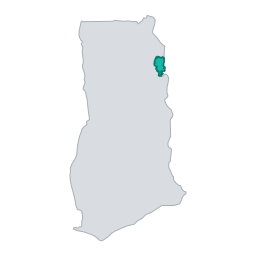 Saboba, Northern, Ghana shown in context
{"feature_id": "2480657B56307698722921", "entity_name": "Saboba", "entity_type": "district", "adm_level": 2, "iso_a3": "GHA", "parent_name": "Ghana", "parent_adm1": "Northern", "projection": "equal_earth", "projection_center": [0.158, 9.709], "detail": "fine", "context": "in_parent", "style": "filled", "palette": "teal", "viewbox_px": 256, "rotation_deg": 0, "n_neighbors": 0, "source": "geoboundaries", "source_scale": "gbopen_adm2", "svg_char_len": 5551}
<svg xmlns="http://www.w3.org/2000/svg" viewBox="0 0 256 256"><path d="M153.1,17.2L154.8,19.3L155.2,20.5L154.6,25.0L153.3,28.2L152.6,31.2L152.7,32.7L153.4,34.1L155.9,36.5L157.2,38.0L158.8,40.3L160.5,42.6L163.6,45.5L164.8,46.0L164.8,46.8L164.4,48.0L164.1,58.9L163.9,61.7L163.6,63.1L163.4,67.2L163.0,67.8L162.5,67.8L161.9,67.9L161.8,68.7L162.0,69.6L163.8,70.1L163.4,70.8L162.1,71.3L161.5,72.6L161.7,74.0L161.0,75.1L161.2,75.8L161.7,76.4L162.5,76.2L164.6,74.3L165.5,74.1L166.6,74.5L168.6,77.4L168.7,78.8L167.9,83.6L167.1,87.3L166.9,92.3L167.8,95.1L167.7,96.6L166.7,97.9L164.6,99.8L164.8,101.1L165.8,103.6L167.5,106.3L171.0,109.7L172.8,114.0L172.9,115.8L171.8,117.6L170.6,119.2L170.2,121.4L170.7,136.1L168.0,142.5L167.9,144.3L168.2,146.4L169.0,147.7L170.4,148.0L171.5,149.3L171.1,153.8L170.5,158.3L170.4,160.5L170.1,161.6L169.0,162.4L168.6,163.9L168.9,165.7L168.6,167.0L169.2,168.7L170.5,170.8L172.5,176.1L173.3,176.5L173.6,177.6L173.4,178.7L174.2,181.0L176.4,183.4L178.8,185.4L180.7,185.7L181.1,187.5L182.4,189.8L183.3,190.8L184.7,191.5L185.9,191.9L186.0,193.8L183.8,195.2L182.4,197.2L181.3,200.3L179.8,203.7L174.5,205.4L172.5,205.5L161.7,205.5L151.6,212.2L145.8,214.6L142.2,218.3L137.4,221.0L134.0,224.3L127.0,225.8L115.5,230.9L112.0,232.9L108.3,236.5L102.4,240.6L100.1,240.6L95.5,236.7L92.0,234.7L83.5,231.8L77.2,230.6L74.1,229.3L73.3,229.1L74.0,227.7L75.8,227.6L77.6,228.1L79.1,227.0L81.1,226.9L81.7,225.7L81.8,222.9L81.8,220.7L82.5,219.7L82.7,217.0L81.7,211.1L81.0,210.4L77.3,209.6L77.0,208.4L76.4,207.2L75.7,204.1L74.9,199.6L73.6,194.0L71.1,184.7L70.5,181.4L70.1,178.1L70.0,174.1L70.5,172.6L70.5,170.6L70.2,168.5L72.0,163.8L75.5,158.0L76.2,156.0L76.8,154.5L76.9,152.4L77.5,145.7L79.2,137.6L80.2,134.5L80.9,132.9L81.8,130.2L82.0,128.9L85.2,125.7L86.6,124.9L87.0,123.6L86.5,122.3L86.7,121.3L87.4,120.9L88.6,120.5L89.5,119.2L88.1,109.2L87.1,99.2L87.0,98.4L86.4,97.0L85.8,92.9L84.7,90.5L83.2,89.8L83.2,87.5L84.8,83.7L85.2,81.4L84.4,80.8L84.3,79.0L84.9,76.2L84.6,74.5L84.3,72.6L82.8,68.3L82.4,65.2L83.2,63.4L83.2,59.4L82.4,53.3L82.3,49.5L82.9,47.9L82.6,46.4L81.5,44.9L81.4,43.5L82.3,42.2L82.2,41.1L81.0,40.3L80.0,38.4L79.0,35.5L79.2,30.7L81.1,22.0L81.3,21.3L83.3,21.3L83.3,21.7L89.6,21.6L96.8,21.5L105.5,21.4L113.3,21.3L113.6,20.9L114.9,20.4L122.9,21.3L127.8,20.9L129.9,21.1L131.4,21.7L134.8,21.4L136.7,21.6L138.0,23.8L138.6,23.7L139.4,22.8L140.7,21.8L142.1,20.9L143.1,19.2L143.7,17.9L144.6,18.2L145.9,18.1L146.8,17.0L147.1,15.4L153.1,17.2Z" fill="#d9dde1" stroke="#a8b0b8" stroke-width="1"/><path d="M157.0,57.4L156.8,57.5L156.7,57.4L156.6,57.5L156.5,57.4L156.5,57.5L156.5,57.4L156.4,57.5L156.2,57.6L156.0,57.8L155.7,58.0L155.6,58.7L155.3,58.8L155.2,59.1L155.3,59.4L155.3,59.7L155.2,59.7L155.1,59.8L155.0,60.2L155.0,60.3L154.9,60.4L154.9,60.5L154.8,60.8L154.7,60.9L154.4,61.1L154.5,61.8L154.4,62.0L154.5,62.2L154.7,62.3L154.8,62.4L154.9,62.6L155.0,62.7L155.1,62.8L154.9,62.8L154.7,63.0L154.4,63.1L154.2,63.3L154.2,63.7L154.2,64.5L154.3,64.9L154.4,65.1L154.5,65.2L154.5,65.3L154.8,65.4L154.8,65.5L155.0,65.8L155.3,65.9L155.4,66.0L155.6,66.1L155.8,66.2L155.8,66.3L156.0,66.4L156.1,66.5L156.3,66.7L156.2,66.7L156.3,66.7L156.3,66.8L156.3,66.7L156.3,66.8L156.6,66.9L156.6,67.0L156.6,66.9L156.6,67.0L156.7,66.9L156.7,67.0L156.8,67.0L156.6,67.4L155.8,68.7L155.9,68.8L156.0,68.8L156.1,69.0L156.2,68.9L156.3,69.0L156.6,69.2L156.7,69.3L156.8,69.3L157.0,69.6L157.1,69.8L157.1,70.1L156.9,70.4L157.0,70.5L156.9,70.6L156.9,70.9L157.0,71.1L157.3,71.2L157.6,71.1L157.8,71.2L157.8,71.3L157.8,71.5L158.1,71.4L158.4,71.2L158.5,71.2L158.7,71.4L158.7,71.5L158.8,71.5L159.0,72.0L159.1,72.4L159.0,72.6L158.9,72.8L158.8,73.2L158.8,73.6L158.8,73.8L158.7,74.1L158.8,74.2L158.7,74.2L158.7,74.6L158.7,74.9L158.5,75.2L158.5,75.4L158.6,75.6L158.8,75.7L158.8,75.8L159.0,75.9L159.2,76.0L159.3,75.9L159.4,76.0L159.5,76.0L159.8,76.1L160.0,76.1L160.3,76.0L160.5,75.8L160.8,75.9L160.8,76.0L161.0,76.1L161.4,76.0L161.4,75.9L160.9,75.1L160.8,74.6L160.9,74.3L161.0,74.2L161.5,74.6L161.9,74.5L162.0,74.5L162.0,74.3L162.1,74.2L162.4,74.2L162.5,74.0L162.7,73.9L163.0,73.7L163.0,73.4L162.9,73.3L162.5,73.0L162.3,72.9L162.0,73.1L161.6,73.1L161.4,73.1L161.2,72.8L161.1,72.6L161.0,72.1L161.1,71.6L161.2,71.4L161.2,71.2L161.3,71.1L161.5,71.2L161.8,71.4L162.0,71.4L162.1,71.2L162.5,71.1L163.0,71.1L163.4,71.0L163.6,71.0L163.8,71.1L164.1,71.3L164.5,71.1L164.8,70.8L164.9,70.6L164.8,70.4L164.7,70.2L164.8,69.3L164.9,68.7L164.8,68.8L164.7,68.8L164.7,68.6L164.7,68.4L164.5,68.5L164.5,68.4L164.5,68.2L164.4,68.2L164.5,68.1L164.5,67.9L164.4,67.9L164.4,67.7L164.2,67.7L164.0,67.4L164.1,67.0L164.0,66.7L163.9,66.3L163.9,66.2L163.7,66.1L163.8,66.1L163.7,66.0L163.4,66.0L163.2,65.9L163.4,65.4L163.5,64.7L163.4,64.4L163.4,64.2L163.6,64.2L163.6,63.8L163.5,63.6L163.6,63.3L163.7,63.2L163.8,63.1L163.8,62.8L163.8,62.7L164.0,62.4L164.1,62.2L164.1,61.9L164.3,61.6L164.2,60.8L164.2,60.7L164.1,60.4L164.1,60.1L164.1,59.9L164.1,59.6L164.1,59.1L164.2,58.9L164.3,58.7L164.3,58.3L164.1,58.1L164.0,58.4L163.9,58.4L163.7,58.4L163.4,58.2L163.4,57.8L163.4,57.6L163.1,57.6L162.9,57.6L162.9,57.4L163.0,57.5L163.0,57.4L162.9,57.4L162.9,57.2L162.5,57.2L162.1,57.2L161.9,57.3L161.9,57.6L161.7,57.7L161.8,57.6L161.7,57.6L161.1,57.7L161.0,57.8L160.8,57.6L160.3,57.6L160.1,57.5L159.9,57.4L159.9,57.2L159.7,57.1L159.6,56.9L159.6,57.0L159.0,56.7L158.9,56.8L158.8,57.1L158.6,57.3L158.5,57.5L158.4,57.6L158.3,57.8L158.3,57.4L158.2,57.2L158.1,57.3L157.8,57.2L157.8,57.3L157.7,57.4L157.6,57.2L157.4,57.3L157.4,57.2L157.3,57.3L157.2,57.4L157.1,57.5L157.1,57.4L157.1,57.5L157.0,57.4Z" fill="#14b8a6" stroke="#0f766e" stroke-width="1.5"/></svg>